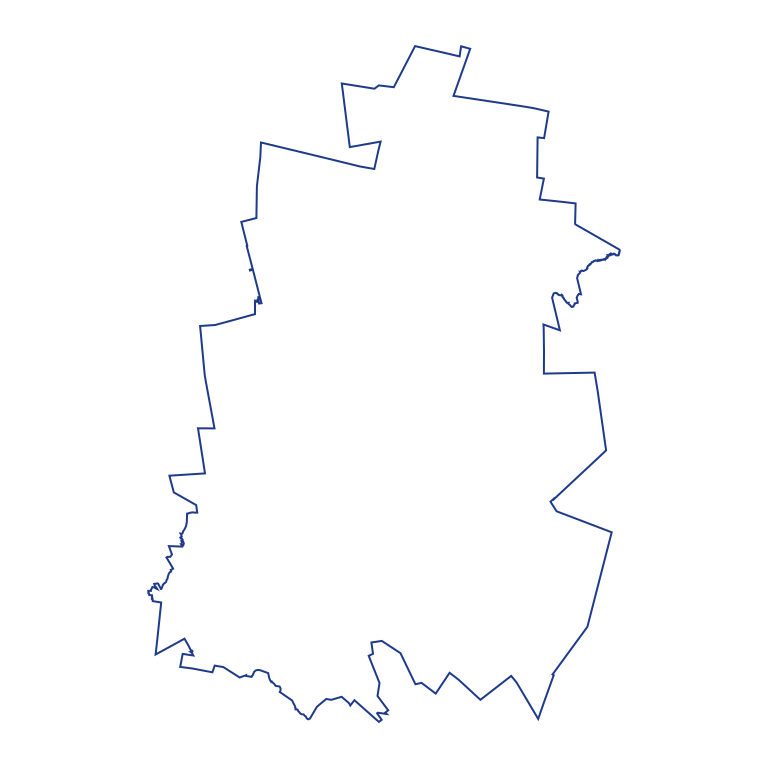 the district of Guadalcázar, San Luis Potosí, Mexico
{"feature_id": "50627088B22261172610418", "entity_name": "Guadalcázar", "entity_type": "district", "adm_level": 2, "iso_a3": "MEX", "parent_name": "Mexico", "parent_adm1": "San Luis Potosí", "projection": "orthographic", "projection_center": [-100.275, 22.904], "detail": "fine", "context": "isolated", "style": "outline", "palette": "blue", "viewbox_px": 768, "rotation_deg": 0, "n_neighbors": 0, "source": "geoboundaries", "source_scale": "gbopen_adm2", "svg_char_len": 5877}
<svg xmlns="http://www.w3.org/2000/svg" viewBox="0 0 768 768"><path d="M374.4,88.7L341.8,83.5L349.8,147.1L380.6,141.6L378.4,150.4L374.3,169.0L360.1,166.5L308.0,153.8L261.0,142.5L260.3,157.3L256.9,186.2L256.4,218.0L241.3,221.9L247.3,245.8L246.7,246.0L252.7,269.0L249.8,269.7L250.0,270.5L252.9,269.7L259.9,297.1L258.3,297.2L258.5,298.4L258.4,298.5L258.6,299.1L258.2,299.1L257.5,299.5L257.4,300.0L258.5,300.4L259.7,299.0L260.3,298.6L261.5,303.2L259.1,303.5L258.9,302.0L258.5,301.8L257.7,301.6L257.2,302.0L255.1,300.6L255.0,300.9L255.0,314.1L215.2,325.0L200.1,326.0L204.7,374.8L205.9,382.0L214.5,428.4L198.0,428.3L205.0,473.4L169.4,475.7L173.8,492.4L196.2,505.1L197.2,512.6L196.3,512.5L195.9,512.7L195.4,512.7L195.0,512.7L194.8,512.5L193.8,512.5L193.2,512.4L191.9,512.4L190.6,512.7L190.0,512.8L188.1,513.4L187.9,513.7L187.1,513.7L186.8,522.3L186.0,526.2L184.5,529.4L183.2,531.2L182.5,533.3L181.9,533.8L180.6,533.6L181.3,534.7L181.4,535.5L181.7,536.4L180.9,537.1L180.3,537.5L180.5,537.9L181.2,537.5L182.7,539.9L181.9,540.4L181.3,540.5L181.7,542.1L181.8,541.8L183.3,541.9L183.8,543.3L183.4,544.9L181.2,544.4L181.6,545.2L182.4,545.1L182.7,546.0L182.6,546.3L182.3,546.6L168.9,546.1L172.0,554.6L170.1,556.9L167.6,556.9L166.5,557.5L172.0,566.7L173.1,568.7L172.5,569.1L170.7,570.0L171.2,571.0L171.0,571.6L170.2,572.0L169.5,572.6L168.8,573.7L167.7,577.0L167.6,578.2L167.5,578.7L166.8,579.5L166.1,581.9L165.2,582.8L164.5,583.1L163.6,584.0L163.4,584.5L163.0,584.6L161.8,588.1L161.4,588.4L161.1,589.0L160.9,589.0L160.4,588.0L158.8,585.1L158.8,584.8L158.4,584.0L157.7,583.4L157.2,583.5L154.2,583.9L154.9,585.8L154.8,586.7L156.1,587.2L157.2,589.0L155.6,588.2L155.5,587.8L155.2,587.7L152.4,587.1L150.9,590.0L150.9,590.9L148.3,590.9L148.4,593.2L148.9,593.2L149.2,594.2L149.2,595.0L152.0,595.3L151.9,597.3L152.2,597.3L151.9,598.9L152.6,598.9L152.7,601.1L161.2,602.5L157.3,639.5L155.6,654.5L184.5,638.7L188.7,646.0L190.6,649.9L192.2,650.8L192.4,651.1L192.5,651.4L192.0,651.9L190.7,652.0L191.9,652.9L193.3,655.5L182.7,653.9L180.2,666.9L192.4,668.5L212.4,672.3L214.7,665.6L223.4,667.1L239.7,677.5L245.8,675.3L245.6,675.8L251.6,676.9L252.1,675.8L252.6,675.5L254.1,671.9L255.8,670.4L258.0,669.9L260.1,670.2L268.2,673.1L269.1,677.6L269.7,679.3L270.6,681.1L271.7,681.4L271.7,681.7L271.6,682.1L272.2,682.1L272.5,682.3L274.5,684.2L275.5,685.8L276.0,686.0L279.2,686.4L279.6,686.6L279.9,687.0L280.3,687.9L280.6,689.1L280.4,690.8L279.8,692.0L292.0,700.4L295.2,706.6L295.1,707.2L295.2,707.5L295.7,708.2L295.5,708.9L295.5,709.4L296.1,709.5L296.6,709.4L296.9,709.4L297.6,709.8L298.1,710.6L298.4,711.4L299.4,712.2L300.1,713.3L300.5,713.7L301.5,714.2L303.5,714.4L303.8,714.6L304.9,716.0L305.8,716.5L306.6,718.2L307.7,719.1L308.5,719.3L308.8,719.2L309.6,718.5L310.0,718.5L316.9,706.8L326.2,699.0L331.4,699.8L341.6,696.8L348.6,702.8L349.3,703.6L350.3,705.5L354.4,700.2L378.9,721.9L381.7,719.8L377.1,713.3L377.8,712.7L386.7,714.0L385.3,712.6L388.2,710.3L377.5,696.0L379.5,683.0L368.7,655.8L373.0,653.8L371.4,642.5L381.8,640.9L400.5,653.2L415.4,684.2L421.6,682.9L435.7,693.6L449.6,672.8L458.7,679.8L480.4,699.8L511.2,675.9L516.6,682.5L538.2,718.9L543.9,702.5L553.7,675.2L552.5,674.5L587.4,626.8L611.7,532.3L556.6,511.3L550.5,501.7L553.8,498.7L553.9,499.2L606.1,450.4L597.7,391.2L594.6,372.6L543.9,373.6L544.0,351.4L543.7,329.1L543.5,324.5L559.9,330.3L552.1,297.7L553.7,293.4L555.7,292.8L556.1,293.0L556.4,293.1L556.5,293.3L556.9,293.4L557.1,293.4L557.2,293.6L557.7,293.8L558.2,294.7L558.4,294.8L558.6,294.7L559.4,295.0L559.9,295.1L560.1,295.3L561.3,295.2L561.5,295.4L561.7,294.8L562.2,295.1L562.6,295.9L562.8,296.8L562.7,297.2L563.2,297.7L563.2,297.8L563.5,298.0L564.0,298.6L564.0,299.0L564.3,299.5L565.2,300.4L565.4,300.9L565.8,301.2L566.0,301.7L566.4,301.9L566.7,302.6L567.2,302.9L568.6,302.8L568.4,303.3L568.5,303.9L569.3,304.6L569.6,304.7L571.6,307.0L572.9,306.7L573.5,306.5L573.5,305.7L573.8,305.3L574.6,304.5L574.7,303.4L577.7,302.8L577.7,301.9L576.7,297.5L577.6,295.6L578.8,294.0L581.0,294.3L577.1,278.1L577.4,277.0L577.7,276.3L577.7,275.3L577.9,274.8L578.4,274.6L580.0,272.8L580.2,272.5L580.0,272.0L580.3,272.1L580.5,271.6L580.8,271.1L581.1,271.0L581.5,270.9L581.6,270.6L581.9,270.5L582.2,270.8L583.5,271.0L585.3,270.2L586.8,269.3L586.9,268.7L587.4,268.5L587.4,268.0L587.2,267.4L587.6,266.8L587.6,266.5L587.8,266.0L588.3,265.7L588.6,265.3L588.9,265.4L589.1,265.0L589.3,264.9L589.6,264.9L589.8,264.1L590.7,263.9L590.9,263.6L591.2,263.4L591.6,262.3L591.9,262.1L592.5,262.1L593.2,261.8L593.4,261.3L593.7,261.1L593.9,261.0L594.3,261.1L594.8,260.7L595.4,260.7L595.6,260.6L595.7,260.4L596.7,260.6L597.3,261.1L597.5,261.0L598.0,260.2L598.3,260.7L598.4,260.8L598.6,260.8L599.1,260.4L599.3,260.7L599.6,260.8L600.1,260.6L600.0,260.1L600.7,260.2L600.8,259.9L601.4,260.1L601.5,260.1L601.7,259.8L602.2,259.9L602.5,259.7L602.9,259.5L603.3,259.7L603.5,259.6L604.0,259.8L604.2,259.6L604.1,259.1L605.3,258.8L605.8,258.3L606.0,258.4L606.0,258.6L606.5,258.0L606.8,257.9L606.9,257.7L607.1,257.6L607.2,258.0L607.6,257.7L607.5,257.1L607.1,256.8L607.6,256.5L607.7,256.3L608.1,256.2L607.8,255.9L607.5,256.1L607.4,256.1L607.6,255.6L607.5,255.3L608.1,255.4L608.4,255.2L608.4,254.9L609.0,254.8L609.9,255.0L609.8,254.6L610.1,254.5L610.0,254.0L610.2,253.9L610.4,254.1L610.5,254.6L611.0,254.6L611.0,254.2L611.6,254.7L612.0,254.5L612.1,254.1L612.5,254.5L613.3,254.1L613.8,254.2L613.8,253.9L613.9,253.7L614.2,253.7L614.9,254.4L615.1,254.3L615.4,254.7L615.9,255.0L616.2,255.4L616.7,255.2L617.3,255.2L617.9,255.5L618.6,255.2L618.8,254.7L618.8,253.9L619.2,253.5L619.0,253.0L619.3,252.6L619.2,252.0L619.6,251.6L619.5,251.3L619.7,251.0L619.6,249.8L619.4,249.6L575.4,224.4L575.1,223.7L575.6,203.4L559.9,201.6L539.7,199.5L543.9,178.6L537.1,177.5L537.6,137.4L544.1,138.1L548.6,111.6L534.4,108.3L524.4,106.6L453.5,95.9L470.2,48.8L461.1,46.3L459.6,56.4L415.1,46.1L393.8,87.2L378.9,85.4L374.4,88.7Z" fill="none" stroke="#1e3a8a" stroke-width="2"/></svg>